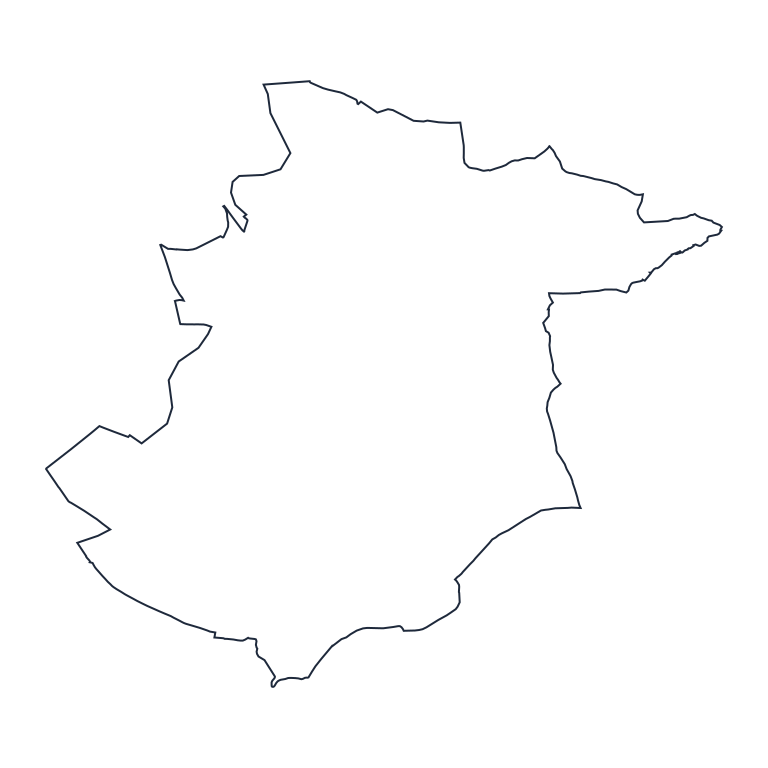 Ciugud, Alba, Romania (Robinson projection)
{"feature_id": "2599482B73619995262158", "entity_name": "Ciugud", "entity_type": "district", "adm_level": 2, "iso_a3": "ROU", "parent_name": "Romania", "parent_adm1": "Alba", "projection": "robinson", "projection_center": [23.641, 46.062], "detail": "fine", "context": "isolated", "style": "outline", "palette": "slate", "viewbox_px": 768, "rotation_deg": 0, "n_neighbors": 0, "source": "geoboundaries", "source_scale": "gbopen_adm2", "svg_char_len": 6054}
<svg xmlns="http://www.w3.org/2000/svg" viewBox="0 0 768 768"><path d="M457.3,582.1L456.3,580.7L455.0,579.5L457.5,576.9L458.9,576.0L461.5,573.7L462.9,571.9L470.0,564.2L473.4,560.8L475.4,558.3L489.1,543.3L492.3,539.4L495.7,537.5L498.8,535.0L501.7,533.4L508.5,530.2L525.7,519.1L529.8,517.0L541.0,510.5L545.3,509.8L548.2,509.5L555.3,508.3L567.8,507.9L571.5,507.6L580.6,508.0L579.3,505.0L578.0,500.4L577.3,497.3L574.9,489.3L572.7,482.9L572.4,481.0L570.6,476.2L566.6,469.0L564.8,464.2L560.5,457.4L557.4,453.0L556.5,450.7L556.3,447.1L553.5,432.7L550.1,420.5L548.0,413.8L547.1,411.5L546.8,408.5L547.3,405.7L547.6,402.2L549.4,397.7L550.9,392.6L553.4,389.7L555.4,387.9L557.3,386.7L560.6,383.7L559.5,382.3L558.0,379.8L556.6,377.9L553.8,372.7L552.8,369.7L553.0,364.9L551.1,355.9L550.2,351.8L549.4,345.1L549.9,341.2L549.9,337.4L550.1,336.2L548.6,332.7L547.9,332.3L545.9,331.1L545.1,328.2L543.2,322.9L548.8,316.1L548.7,312.2L549.0,309.5L547.9,309.4L549.9,305.3L552.9,302.6L550.5,298.4L549.4,296.0L549.0,293.2L563.1,293.6L580.1,293.1L580.8,292.4L588.9,291.6L598.6,290.9L605.0,289.5L616.4,289.6L620.7,291.1L626.3,292.5L628.3,290.7L628.6,289.9L629.4,287.0L631.0,284.2L632.0,283.2L633.1,282.7L637.0,281.9L640.1,281.3L642.1,280.6L642.6,279.6L644.5,280.6L644.8,280.7L649.3,275.3L650.8,273.4L650.0,272.6L651.3,272.5L654.0,269.2L655.8,268.2L657.4,268.2L658.5,267.7L661.8,265.2L664.8,261.8L669.2,257.4L671.6,255.5L671.6,254.6L675.4,253.3L675.9,254.1L677.7,253.9L678.1,253.4L677.1,252.6L677.4,252.3L678.4,252.3L680.0,251.2L680.3,251.5L679.5,252.9L679.7,253.1L681.4,252.3L682.1,252.6L682.9,252.2L684.7,250.5L687.8,249.4L687.9,248.9L688.7,248.3L690.4,248.2L693.6,246.0L693.3,245.2L695.6,244.5L699.2,245.9L701.1,245.7L704.4,242.8L707.4,240.8L707.5,237.9L708.9,236.4L717.4,234.6L719.1,233.6L721.2,230.7L720.3,230.6L720.4,229.6L721.9,227.0L719.7,225.0L713.4,222.6L711.7,220.7L708.7,220.2L703.7,218.4L701.1,217.8L697.1,215.8L694.8,214.0L693.0,214.9L691.0,215.0L689.5,215.6L686.7,217.2L679.0,218.7L675.1,218.7L673.6,218.8L667.9,221.0L644.0,222.4L639.9,217.8L637.9,213.8L637.6,210.4L641.7,201.4L642.9,194.3L639.8,194.9L637.2,194.8L634.8,194.3L626.2,189.1L621.7,187.1L617.1,184.4L613.1,183.4L608.5,181.9L605.8,181.4L601.0,180.1L594.7,179.1L591.2,178.0L583.1,176.0L580.7,175.8L577.1,174.6L571.8,173.3L569.4,173.0L566.6,172.1L565.3,171.3L562.2,168.6L559.9,161.5L556.0,156.1L554.6,152.8L552.8,150.0L551.9,149.2L549.5,146.2L549.0,146.5L548.8,147.1L547.4,148.7L544.3,151.5L534.7,158.3L527.0,158.0L522.0,159.2L518.1,160.5L514.7,160.4L511.6,161.3L508.9,162.8L505.9,165.0L501.9,166.6L495.4,168.6L489.8,170.5L488.6,170.1L483.9,170.8L482.5,170.6L479.7,169.7L476.8,168.8L472.3,168.2L469.9,167.7L468.6,167.2L467.6,166.1L464.5,162.9L463.7,157.9L463.8,153.2L463.8,147.2L463.7,145.2L460.3,122.6L450.0,122.9L438.8,122.3L427.4,120.6L423.6,121.5L413.6,120.8L392.9,110.1L388.0,109.2L377.3,112.6L360.9,101.6L358.2,104.1L357.5,103.7L357.1,101.3L356.3,99.8L352.2,97.8L346.3,95.1L344.2,93.9L340.3,92.4L335.3,91.3L328.0,89.6L322.9,88.1L310.8,82.8L310.0,82.2L309.7,81.2L291.0,82.6L263.6,84.6L267.8,94.0L270.4,113.1L290.4,153.1L280.5,169.3L272.0,172.1L263.4,174.9L239.2,176.0L232.6,181.9L231.0,192.6L235.3,204.8L246.3,214.6L243.8,216.6L244.8,217.7L246.0,218.5L247.3,219.8L247.5,220.7L244.4,230.1L244.3,231.3L244.0,231.6L242.5,230.4L241.1,228.7L232.9,217.7L229.7,213.3L227.5,210.2L224.2,205.9L223.3,206.4L225.3,208.7L227.0,213.4L227.2,216.9L227.7,220.6L228.2,222.5L228.1,226.8L227.0,229.6L223.7,236.9L223.4,237.3L222.9,237.5L221.6,236.8L220.5,236.2L204.6,244.2L196.2,248.4L192.9,249.4L192.2,249.5L187.5,250.1L179.7,249.6L176.6,249.3L176.5,249.5L171.1,248.9L168.1,248.9L161.2,244.7L160.3,245.0L164.9,257.1L170.0,273.1L172.0,279.9L173.6,284.0L175.7,287.8L179.7,294.6L182.2,297.7L183.7,300.6L183.2,300.5L181.9,300.2L181.2,300.1L179.4,300.0L177.2,300.4L176.1,300.6L175.8,300.7L174.9,301.0L175.1,301.6L180.2,323.9L180.3,324.1L185.8,324.3L186.8,324.3L188.3,324.3L189.0,324.3L190.1,324.3L194.8,324.4L196.2,324.3L196.5,324.3L203.6,324.5L206.2,325.0L211.4,326.8L208.0,334.1L198.5,347.8L178.7,361.5L168.7,380.2L171.6,402.1L172.3,407.4L167.1,423.6L141.6,443.4L129.8,435.2L128.2,437.0L113.8,431.7L103.1,427.6L99.4,426.1L94.2,430.5L89.7,434.2L70.5,449.6L70.1,449.9L46.7,468.1L46.3,468.5L46.1,469.0L50.6,475.6L54.7,481.5L58.4,487.0L59.3,488.0L62.7,492.9L68.4,501.2L69.7,502.2L70.3,502.4L71.4,503.0L77.2,506.5L84.2,510.8L93.9,517.3L96.7,519.1L102.5,523.7L110.2,529.5L98.0,535.8L77.3,542.8L86.2,556.2L86.1,556.6L87.0,557.9L89.3,560.4L90.2,561.9L89.9,562.3L91.3,562.6L92.6,563.0L93.7,565.1L94.9,567.2L96.3,569.0L98.8,571.8L102.4,575.9L105.3,579.0L107.8,581.8L110.5,584.3L112.0,585.9L113.5,587.1L116.5,589.1L119.7,591.0L120.9,591.7L125.0,594.3L126.6,595.2L133.3,598.8L137.3,601.0L142.3,603.5L147.2,605.9L152.4,608.2L158.9,611.1L161.0,612.0L164.5,613.5L170.8,616.1L173.6,617.7L176.0,618.9L179.9,620.9L182.1,622.1L183.9,623.0L185.7,623.7L187.0,624.1L193.1,625.9L199.8,627.9L200.7,628.2L207.3,630.5L210.0,631.6L215.3,632.5L214.4,637.5L221.9,638.1L223.7,638.3L224.5,638.8L227.3,638.9L232.4,639.4L233.4,639.5L237.8,640.3L240.7,640.6L242.8,640.6L245.2,639.6L248.1,637.8L248.6,638.2L250.1,638.5L254.8,639.0L255.9,639.4L256.5,641.2L255.9,644.9L256.3,646.3L256.6,647.6L257.3,648.6L256.6,651.7L257.0,653.8L258.5,656.5L264.5,660.1L269.7,668.3L274.9,676.5L274.8,677.4L274.4,678.3L272.4,680.6L271.6,682.3L271.6,684.3L271.7,686.1L272.1,686.7L272.3,686.8L273.4,686.8L274.2,686.3L274.9,685.3L276.3,682.9L277.7,681.3L279.2,680.4L280.7,679.8L285.3,679.0L288.2,678.0L291.0,677.9L295.3,678.1L298.3,678.4L301.4,679.2L303.0,678.8L305.0,677.8L306.7,677.6L307.3,677.7L307.6,677.7L308.5,677.4L312.0,671.6L315.4,666.3L321.2,659.0L332.2,645.9L332.4,646.1L341.5,639.1L346.3,637.4L350.6,634.2L356.7,630.6L363.0,628.4L367.2,627.9L383.1,628.3L393.2,627.0L398.4,626.1L399.8,626.1L401.5,627.2L403.0,629.2L403.7,630.8L415.0,630.5L419.1,630.0L422.6,629.2L426.5,627.3L438.4,619.9L446.8,615.3L447.8,614.6L450.2,613.0L455.7,609.2L457.6,606.7L459.7,602.3L459.2,592.8L458.9,592.1L459.2,586.8L459.0,584.9L457.3,582.1Z" fill="none" stroke="#1e293b" stroke-width="2"/></svg>